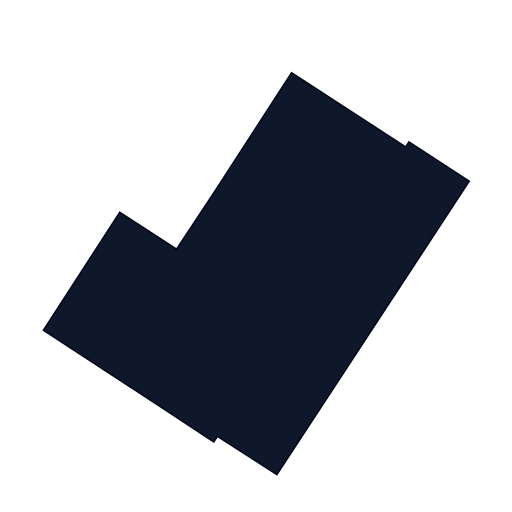 the district of Edwards, Kansas, United States of America, rotated 303°
{"feature_id": "52423323B66155229514524", "entity_name": "Edwards", "entity_type": "district", "adm_level": 2, "iso_a3": "USA", "parent_name": "United States of America", "parent_adm1": "Kansas", "projection": "robinson", "projection_center": [-99.339, 37.91], "detail": "fine", "context": "isolated", "style": "filled", "palette": "ink", "viewbox_px": 512, "rotation_deg": 303, "n_neighbors": 0, "source": "geoboundaries", "source_scale": "gbopen_adm2", "svg_char_len": 321}
<svg xmlns="http://www.w3.org/2000/svg" viewBox="0 0 512 512"><g transform="rotate(303 256 256)"><path d="M77.5,253.9L77.0,321.9L83.7,321.9L84.0,392.6L434.9,394.1L435.0,322.1L429.0,322.1L429.1,186.0L288.9,186.2L218.5,185.6L218.5,117.9L77.9,118.1L77.5,253.9Z" fill="#0f172a" stroke="#020617" stroke-width="1.5"/></g></svg>